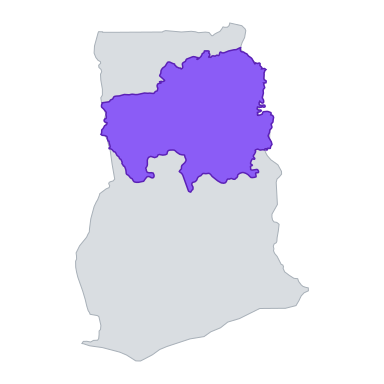 where Northern sits in Ghana
{"feature_id": "GHA-2155", "entity_name": "Northern", "entity_type": "Region", "adm_level": 1, "iso_a3": "GHA", "parent_name": "Ghana", "parent_adm1": "", "projection": "albers", "projection_center": [-0.881, 9.332], "detail": "fine", "context": "in_parent", "style": "filled", "palette": "violet", "viewbox_px": 384, "rotation_deg": 0, "n_neighbors": 0, "source": "natural_earth", "source_scale": "10m", "svg_char_len": 8444}
<svg xmlns="http://www.w3.org/2000/svg" viewBox="0 0 384 384"><path d="M241.8,25.7L245.1,28.9L245.8,30.7L244.6,37.6L242.2,42.4L240.7,46.8L240.9,49.1L242.4,51.3L247.4,54.8L250.0,57.1L253.1,60.6L256.6,64.0L262.7,68.4L265.2,69.2L265.1,70.4L264.3,72.1L263.8,88.5L263.3,92.8L262.9,94.9L262.4,101.1L261.7,102.0L260.6,101.9L259.5,102.1L259.3,103.3L259.7,104.6L263.4,105.5L262.6,106.4L259.9,107.3L258.6,109.1L259.2,111.2L257.7,112.9L258.1,114.1L259.1,114.9L260.6,114.6L264.9,111.7L266.6,111.4L268.8,112.0L272.9,116.3L273.1,118.4L271.5,125.7L269.9,131.3L269.6,138.7L271.3,142.9L271.1,145.2L269.3,147.2L265.1,150.1L265.4,152.1L267.3,155.7L270.9,159.8L277.9,164.8L281.5,171.4L281.6,174.1L279.5,176.7L277.0,179.1L276.2,182.4L277.4,204.5L272.0,214.1L271.9,216.8L272.5,220.0L274.0,221.9L276.8,222.4L279.1,224.3L278.3,231.0L277.1,237.8L276.9,241.1L276.3,242.7L274.1,244.0L273.3,246.2L273.9,248.8L273.5,250.8L274.6,253.4L277.2,256.5L281.2,264.4L282.8,265.0L283.5,266.7L283.1,268.3L284.6,271.8L289.2,275.3L293.9,278.3L297.7,278.7L298.6,281.4L301.2,284.9L303.0,286.4L305.9,287.4L308.3,287.9L308.4,290.8L304.1,292.8L301.2,295.9L299.0,300.5L296.0,305.6L285.4,308.3L281.4,308.3L259.7,308.5L239.4,318.6L227.7,322.1L220.5,327.8L210.8,331.8L204.0,336.6L190.0,338.9L166.9,346.5L159.7,349.5L152.4,354.8L140.5,361.0L135.8,360.9L126.5,355.0L119.6,352.1L102.5,347.6L89.7,345.8L83.6,343.8L81.9,343.5L83.3,341.4L86.9,341.3L90.6,342.0L93.5,340.4L97.6,340.2L98.7,338.6L99.1,334.4L99.1,331.0L100.5,329.5L100.9,325.5L98.9,316.7L97.5,315.6L90.1,314.3L89.5,312.6L88.2,310.7L86.8,306.2L85.2,299.4L82.7,291.0L77.8,277.1L76.6,272.2L75.7,267.2L75.6,261.2L76.6,259.0L76.5,255.9L76.1,252.9L79.6,245.8L86.6,237.2L88.0,234.1L89.3,232.0L89.5,228.9L90.8,218.8L94.1,206.6L96.2,202.1L97.7,199.6L99.3,195.5L99.8,193.6L106.1,188.9L109.1,187.6L109.7,185.7L108.7,183.7L109.2,182.3L110.7,181.6L113.0,181.0L114.7,179.1L112.1,164.1L110.0,149.1L109.9,147.8L108.7,145.7L107.4,139.6L105.3,135.9L102.3,134.9L102.4,131.4L105.4,125.7L106.2,122.3L104.8,121.3L104.6,118.7L105.6,114.5L105.1,111.8L104.6,109.0L101.5,102.5L100.8,97.8L102.4,95.1L102.4,89.2L100.8,80.0L100.5,74.2L101.7,71.8L101.1,69.5L98.9,67.4L98.7,65.2L100.7,63.2L100.4,61.6L98.1,60.4L95.9,57.6L94.1,53.1L94.5,45.9L98.1,32.8L98.6,31.7L102.6,31.8L102.6,32.3L115.2,32.3L129.6,32.2L146.8,32.1L162.4,32.0L163.1,31.4L165.6,30.6L181.4,32.0L191.3,31.3L195.5,31.8L198.5,32.7L205.3,32.1L209.0,32.5L211.7,35.7L212.8,35.7L214.3,34.3L217.1,32.7L219.8,31.5L221.8,28.9L223.0,26.9L224.8,27.3L227.4,27.2L229.1,25.6L229.8,23.0L241.8,25.7Z" fill="#d9dde1" stroke="#a8b0b8" stroke-width="1"/><path d="M240.6,47.7L240.3,49.0L240.3,50.1L240.8,51.2L241.8,51.8L243.7,52.1L244.8,53.0L246.9,53.9L248.4,56.0L251.1,57.8L251.9,58.6L254.8,63.8L255.2,63.7L255.6,62.9L257.5,63.5L259.1,63.0L259.6,63.1L260.1,63.6L260.1,64.2L259.9,65.2L260.5,66.2L261.4,67.0L261.9,67.8L261.5,68.9L264.5,68.5L266.0,69.6L264.8,70.6L264.4,72.2L264.0,72.9L264.1,74.7L263.8,78.5L264.3,79.8L266.0,80.7L266.2,81.8L265.9,82.8L263.6,83.0L264.0,83.6L263.7,84.7L264.7,87.4L264.7,87.8L263.7,88.8L263.3,89.7L263.1,90.4L263.4,93.1L262.3,97.2L262.4,98.2L263.4,99.7L263.6,100.5L263.7,101.4L263.6,102.4L263.0,103.0L262.1,103.1L261.2,102.6L259.8,101.2L259.1,102.7L259.1,104.2L260.0,105.3L261.6,105.5L263.7,105.0L264.7,105.2L265.2,106.2L264.8,107.0L264.0,107.2L263.0,107.1L262.3,106.6L261.4,107.2L260.1,107.3L257.5,107.0L257.1,108.8L257.3,109.3L258.7,110.2L260.1,110.0L260.8,110.0L261.3,110.6L261.1,111.1L260.4,111.6L259.6,111.9L257.4,112.4L257.4,113.1L257.8,114.0L257.4,114.6L257.6,115.3L258.6,115.4L259.5,115.2L261.9,114.3L262.3,114.0L262.5,113.6L262.7,112.5L262.9,112.1L263.7,111.7L267.0,111.4L268.0,111.5L270.7,112.5L271.1,113.0L271.1,113.5L270.7,114.8L272.3,115.3L273.2,116.2L273.6,117.4L273.1,120.1L273.0,121.6L272.8,122.3L271.3,123.7L271.2,124.7L271.9,126.6L271.9,127.5L271.3,128.5L270.1,129.6L269.8,130.1L269.5,132.6L268.6,134.3L268.1,135.9L268.8,137.5L271.3,141.8L272.0,144.4L270.8,146.1L270.6,146.7L270.3,148.3L269.8,148.5L268.1,148.2L267.5,148.4L267.8,148.6L267.5,149.5L266.9,150.1L266.3,148.9L265.7,148.7L265.1,148.8L264.7,149.3L264.8,150.0L262.8,149.7L260.1,150.1L257.8,149.1L257.0,149.3L255.7,149.8L255.3,150.1L255.2,150.8L255.5,151.2L255.6,151.8L254.6,153.9L253.6,155.3L253.3,156.1L253.8,157.4L254.6,158.1L254.8,158.6L254.7,158.9L254.5,159.2L254.1,159.3L252.7,158.9L252.1,159.2L251.2,160.9L250.6,162.6L250.6,163.7L250.9,164.1L251.9,164.6L252.3,165.2L251.9,165.7L251.0,166.0L250.5,166.4L250.4,166.8L250.7,168.3L250.6,169.2L250.7,169.6L251.2,169.9L252.4,170.1L256.9,169.4L257.7,169.8L258.5,171.1L258.6,172.0L258.3,172.5L258.0,172.7L256.0,172.8L255.6,173.3L256.1,176.2L256.0,176.8L254.7,177.3L252.6,177.6L251.1,177.5L250.5,177.1L248.1,174.7L246.2,173.5L244.3,172.8L243.0,172.5L241.9,172.6L239.6,173.4L237.9,174.7L237.6,175.5L237.6,176.4L236.9,177.6L236.7,177.8L236.0,178.1L235.5,178.8L235.1,179.1L234.2,179.3L233.3,179.2L231.8,178.6L231.1,178.5L229.3,179.1L227.9,179.0L227.2,179.5L226.2,181.8L225.1,182.9L223.6,183.2L221.4,182.9L220.5,182.5L217.6,180.8L212.1,176.4L210.9,174.8L210.0,173.9L209.4,173.5L208.7,173.3L205.9,173.7L204.2,173.5L203.0,173.5L202.5,173.8L200.8,175.7L199.1,176.4L198.2,177.1L197.7,177.7L196.6,180.3L195.5,181.4L194.9,181.8L192.7,182.4L192.3,182.8L191.9,183.5L191.8,184.5L191.9,185.0L193.0,187.1L193.0,189.0L192.7,189.6L191.8,190.3L190.8,192.0L190.3,192.1L188.7,191.3L188.4,190.8L182.8,175.2L181.6,173.3L180.1,172.3L179.3,171.5L179.7,170.7L181.4,168.8L181.5,166.5L181.9,165.4L184.9,162.6L186.0,160.6L186.0,159.8L185.8,159.0L185.0,157.2L184.5,155.2L183.8,154.9L181.9,154.8L179.8,154.3L176.8,152.3L175.0,150.6L174.3,150.2L173.1,150.0L170.3,150.1L169.0,150.3L167.9,151.0L167.5,151.7L167.0,153.8L166.7,154.2L165.2,154.8L162.8,155.1L159.3,154.5L158.0,155.0L157.4,156.3L156.9,156.8L154.7,157.6L150.8,156.4L148.7,157.3L148.0,158.2L147.6,159.2L147.3,160.3L147.4,164.6L147.2,165.6L146.7,166.7L145.7,168.1L146.2,169.4L146.3,170.4L147.0,172.0L147.6,172.5L149.6,172.8L151.6,172.7L153.2,173.1L154.0,175.0L154.1,176.0L153.9,176.9L153.4,177.6L152.4,177.9L151.3,177.7L149.2,176.6L147.9,176.5L146.8,177.0L144.9,179.4L144.0,180.8L143.5,181.3L138.5,182.3L136.2,182.3L134.3,181.9L133.4,181.0L132.1,178.7L130.5,177.9L129.0,176.0L128.3,175.3L126.8,174.4L126.3,173.7L125.9,170.3L125.4,168.5L124.5,166.4L123.5,166.0L122.9,164.9L122.3,164.1L121.9,163.3L122.2,162.3L120.9,159.4L119.6,158.7L118.9,156.9L117.0,155.4L115.5,152.5L114.7,151.8L114.0,151.8L111.9,149.5L110.2,148.7L109.3,148.8L109.0,148.4L109.2,147.7L110.1,147.1L110.2,146.4L109.1,142.7L109.0,141.3L108.0,140.9L107.2,138.4L107.2,137.3L106.8,136.5L105.5,135.8L104.2,135.5L102.1,135.3L100.9,134.3L101.4,133.6L101.6,132.8L101.7,130.1L101.9,129.7L103.1,128.5L104.6,125.7L106.2,124.9L106.9,123.9L107.0,122.8L106.1,122.4L105.2,122.2L104.5,121.6L104.1,120.8L104.2,119.8L104.7,119.1L106.1,118.4L106.3,117.5L106.3,116.1L106.0,114.8L106.2,113.1L106.2,112.3L103.6,109.0L101.8,107.3L101.5,106.8L101.5,105.1L101.8,104.2L102.2,103.4L102.9,102.9L102.7,102.7L109.0,101.8L109.8,101.0L110.5,100.0L112.7,99.0L113.7,97.0L114.6,96.4L116.2,96.1L119.4,95.9L124.3,94.5L129.2,94.8L131.2,94.3L132.5,94.2L135.7,94.6L137.7,94.5L144.5,93.0L147.9,93.3L149.6,93.1L152.5,93.4L153.7,93.4L154.0,93.2L155.1,91.8L155.6,91.4L157.1,90.9L157.4,90.4L157.8,88.4L157.7,87.8L157.2,86.9L157.1,85.5L157.5,84.4L157.9,83.9L159.3,83.3L160.5,83.3L161.0,83.0L161.0,82.6L160.9,82.4L159.8,82.0L159.7,81.7L161.2,81.3L161.9,81.6L162.8,81.6L164.5,80.8L164.6,80.5L164.4,80.1L160.0,76.2L159.7,75.8L159.7,75.4L160.8,73.2L161.0,70.8L161.6,69.4L162.7,68.0L164.8,66.5L165.5,65.7L166.9,63.3L167.6,62.4L168.0,62.1L168.8,62.0L169.8,62.1L172.8,63.5L174.5,64.0L174.9,65.2L175.9,66.0L176.4,66.9L177.2,67.1L178.9,68.0L180.4,68.1L180.6,68.2L180.8,68.7L181.4,68.9L182.4,68.2L182.7,67.6L182.7,66.3L182.3,64.2L182.5,63.4L183.2,62.6L185.4,61.4L186.1,59.7L186.6,59.1L192.5,56.8L193.5,56.6L195.7,57.0L196.5,57.4L198.0,57.6L198.0,58.0L197.0,59.1L197.0,59.3L197.5,59.4L198.6,58.7L201.1,56.4L201.5,55.4L202.0,54.7L202.2,53.7L204.0,52.6L204.3,51.1L204.6,50.9L208.2,50.9L209.0,51.2L209.2,52.0L208.8,52.5L208.8,53.1L209.7,54.0L209.8,54.9L209.6,55.7L208.9,56.5L208.7,57.0L209.0,57.3L209.7,56.9L210.4,57.3L210.7,57.3L211.2,57.0L211.8,56.2L212.4,55.9L214.1,55.9L214.8,56.2L215.5,56.0L216.1,55.5L216.8,55.2L217.4,55.2L218.2,55.6L218.8,55.4L219.3,54.8L219.7,52.9L220.3,52.1L220.9,52.1L221.8,52.8L223.3,52.9L224.6,52.6L228.5,51.0L233.8,49.8L236.3,49.6L239.6,47.9L240.6,47.7Z" fill="#8b5cf6" stroke="#5b21b6" stroke-width="1.5"/></svg>